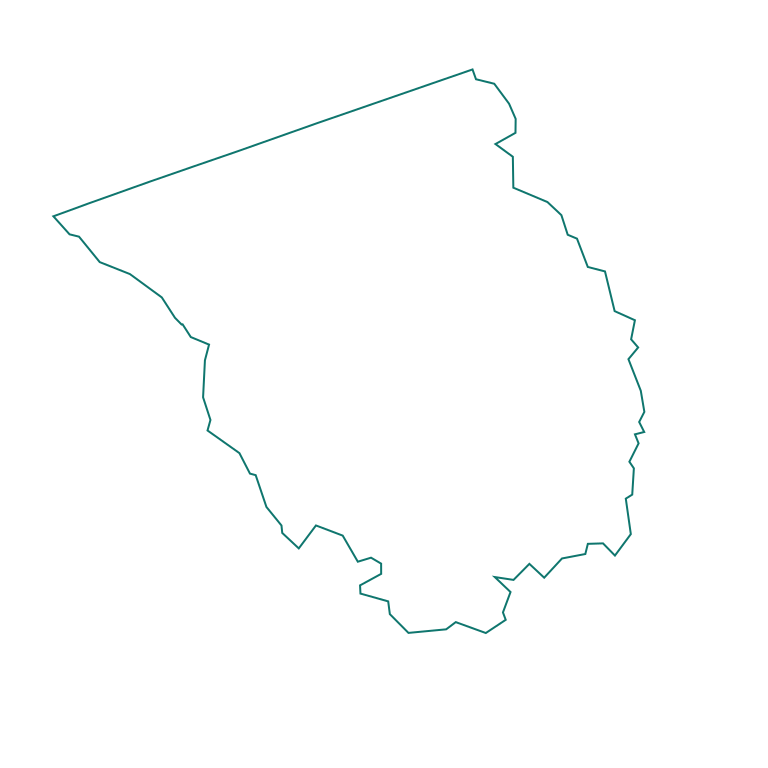 Cache, Utah, United States of America (Natural Earth projection), rotated 341°
{"feature_id": "52423323B21224968054830", "entity_name": "Cache", "entity_type": "district", "adm_level": 2, "iso_a3": "USA", "parent_name": "United States of America", "parent_adm1": "Utah", "projection": "natural_earth1", "projection_center": [-111.756, 41.684], "detail": "fine", "context": "isolated", "style": "outline", "palette": "teal", "viewbox_px": 768, "rotation_deg": 341, "n_neighbors": 0, "source": "geoboundaries", "source_scale": "gbopen_adm2", "svg_char_len": 1246}
<svg xmlns="http://www.w3.org/2000/svg" viewBox="0 0 768 768"><g transform="rotate(341 384 384)"><path d="M570.1,115.4L413.4,115.6L405.9,115.6L320.9,116.3L294.4,116.3L274.6,116.3L229.2,116.4L163.4,117.1L126.5,117.8L126.0,117.8L135.4,140.1L143.6,145.4L154.9,176.2L179.5,197.3L202.1,229.8L207.9,253.3L212.0,261.9L212.3,262.0L212.8,261.9L213.0,262.0L216.6,276.7L231.4,289.8L222.4,303.3L208.6,337.7L208.2,361.5L202.0,370.5L224.8,402.3L228.1,425.1L233.0,428.4L232.8,462.0L241.0,484.4L239.3,491.7L249.9,511.7L273.6,495.6L295.6,513.9L301.4,543.5L315.2,544.0L322.8,552.9L319.5,562.6L295.8,566.6L293.5,574.5L317.2,590.9L314.6,603.5L326.1,627.3L362.9,636.2L374.3,632.5L399.2,652.6L422.3,646.6L422.1,638.7L435.9,621.9L425.9,602.6L442.7,611.4L462.9,601.4L472.4,619.3L495.5,606.9L519.0,610.3L524.7,601.5L539.2,606.0L546.5,621.4L568.5,606.3L575.3,571.1L582.7,569.4L592.8,545.1L590.7,537.4L605.4,523.0L604.9,513.3L614.4,514.1L612.9,503.0L621.1,495.1L624.6,474.0L623.2,440.1L636.2,432.2L632.2,422.2L642.0,405.4L625.8,390.2L629.6,349.5L614.8,339.7L613.8,309.4L606.3,302.7L606.7,282.1L597.8,265.2L570.2,240.5L579.8,211.1L567.5,193.4L590.1,189.3L594.8,176.2L593.5,159.7L586.0,136.0L570.2,125.8L570.1,115.4Z" fill="none" stroke="#0f766e" stroke-width="2"/></g></svg>